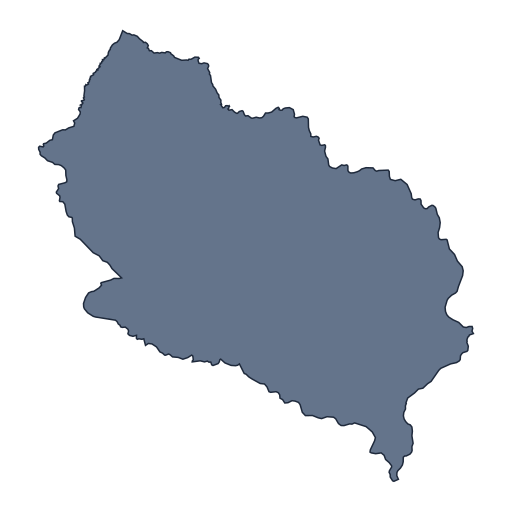 Lugela, Zambezia, Mozambique (orthographic projection)
{"feature_id": "85939544B172449318268", "entity_name": "Lugela", "entity_type": "district", "adm_level": 2, "iso_a3": "MOZ", "parent_name": "Mozambique", "parent_adm1": "Zambezia", "projection": "orthographic", "projection_center": [36.652, -16.329], "detail": "fine", "context": "isolated", "style": "filled", "palette": "slate", "viewbox_px": 512, "rotation_deg": 0, "n_neighbors": 0, "source": "geoboundaries", "source_scale": "gbopen_adm2", "svg_char_len": 5925}
<svg xmlns="http://www.w3.org/2000/svg" viewBox="0 0 512 512"><path d="M440.2,222.6L439.3,217.8L437.3,214.4L435.8,208.2L434.9,206.9L433.1,205.5L431.9,205.3L428.6,207.0L427.2,208.6L425.2,208.7L423.7,207.9L421.1,204.2L421.0,200.6L420.2,199.0L418.2,198.9L415.0,199.9L412.5,199.2L411.7,197.6L411.2,193.7L407.1,184.5L400.8,179.3L395.2,180.7L390.4,179.4L389.4,176.4L389.2,171.5L388.2,170.1L378.8,170.5L376.6,171.2L375.1,170.4L373.0,167.9L366.0,167.7L361.6,169.0L359.5,170.7L357.4,171.7L353.8,172.8L350.7,173.0L349.1,172.3L347.9,170.7L347.9,166.4L347.5,165.4L346.6,164.9L344.1,165.5L341.7,164.9L336.1,168.6L332.4,168.0L329.6,166.5L328.7,165.0L327.9,158.9L326.0,156.4L324.6,151.1L325.5,147.2L325.4,145.5L324.7,144.8L321.7,145.4L320.1,144.9L318.5,140.2L319.1,138.2L318.0,136.9L316.4,136.3L313.1,137.0L310.8,136.4L310.8,133.9L309.3,130.7L308.5,127.4L308.3,118.9L307.2,117.2L302.8,116.3L296.4,117.9L294.8,117.5L294.1,116.7L294.5,114.2L293.2,109.6L289.4,107.6L285.3,108.0L283.2,108.8L282.2,110.1L280.7,110.3L279.0,109.6L279.3,108.4L278.2,107.3L276.0,108.3L271.6,112.1L268.2,113.0L265.5,113.0L263.5,116.3L261.8,117.7L259.5,118.0L256.2,117.2L252.7,118.2L251.4,118.1L248.0,115.7L245.5,116.0L244.4,114.7L243.1,111.3L242.1,110.7L239.3,111.5L237.5,113.3L236.6,113.3L234.5,112.1L232.0,109.6L229.0,110.2L227.9,109.0L228.7,108.4L228.9,107.0L229.5,106.4L229.1,105.7L228.7,106.1L227.0,105.6L225.6,105.8L224.5,107.4L222.9,107.8L221.3,105.7L221.5,104.7L220.8,104.5L221.4,104.0L220.8,102.4L220.9,100.1L219.0,97.5L218.8,94.9L217.2,93.0L215.6,89.2L212.9,85.9L212.7,84.5L211.5,82.6L210.5,75.5L209.4,74.1L209.7,72.5L207.6,68.6L208.7,66.0L208.3,64.5L207.4,63.6L204.0,62.9L201.7,63.7L199.0,63.3L198.1,60.8L198.2,59.2L199.2,58.4L198.5,57.3L194.9,57.1L191.0,59.3L188.9,59.2L188.1,60.3L186.6,60.0L181.7,60.3L174.5,57.4L173.7,55.9L170.8,53.7L170.5,52.7L168.0,51.7L166.4,51.8L165.2,52.9L161.7,52.4L159.6,53.2L157.4,52.6L154.1,53.1L151.4,50.7L149.4,50.7L148.4,48.4L147.3,47.9L148.3,45.6L147.3,43.8L145.5,42.3L143.4,42.5L143.1,41.6L139.4,38.7L137.3,36.3L133.9,34.9L132.0,35.1L129.5,33.6L127.2,33.5L122.7,30.7L119.2,39.7L116.9,42.3L114.5,43.2L112.4,44.9L110.4,48.0L110.2,49.7L109.5,50.1L108.4,52.3L108.0,55.1L104.9,58.2L104.4,57.9L103.8,59.7L102.5,59.6L102.7,61.1L101.8,61.5L101.6,62.9L100.2,63.3L100.4,64.1L99.0,66.1L100.0,66.8L97.8,68.8L97.9,69.8L96.8,69.6L96.8,70.6L95.7,71.4L95.5,72.2L93.2,73.4L93.6,74.7L90.5,76.4L90.6,77.4L89.9,78.2L90.0,79.5L89.3,80.0L89.5,81.0L88.7,82.5L87.9,82.8L88.4,84.1L86.6,85.1L85.9,84.6L85.1,86.3L84.5,86.3L84.6,90.7L83.9,96.1L84.4,97.0L83.4,97.9L84.3,99.6L83.8,100.3L81.5,100.8L81.5,101.5L82.8,102.8L82.7,103.6L80.5,105.0L81.5,105.3L80.9,107.6L79.7,107.4L79.0,107.9L78.6,109.6L80.3,111.8L80.1,114.0L77.5,118.3L73.5,120.8L74.7,123.0L73.9,126.3L68.7,127.9L65.4,129.9L62.6,129.8L55.0,132.8L53.3,135.0L52.4,139.7L49.8,140.3L46.3,143.1L43.6,143.7L43.3,144.4L43.8,146.1L43.1,146.9L39.7,146.2L38.6,147.3L38.7,149.4L40.1,152.2L40.1,154.3L41.4,155.8L44.8,157.9L47.5,160.7L52.6,162.4L54.8,164.4L58.7,164.6L61.3,165.6L64.1,167.9L65.7,170.0L65.9,175.5L66.9,179.8L66.7,181.8L64.9,182.8L58.7,184.4L58.0,186.0L58.6,188.6L56.3,192.1L56.6,193.3L59.7,195.8L60.0,197.4L59.4,200.8L59.8,201.5L62.8,201.7L64.8,204.1L66.1,211.4L67.3,215.0L68.9,216.8L71.8,217.4L72.3,218.1L72.4,221.7L74.4,228.0L75.1,236.2L80.2,239.2L93.2,252.7L99.2,255.8L102.8,260.7L107.3,262.3L109.9,265.1L112.0,268.6L121.6,277.9L119.2,278.5L114.0,278.4L110.6,280.1L101.4,282.6L100.8,283.2L101.5,285.2L99.1,287.9L93.8,291.3L91.6,291.6L88.6,292.9L85.6,297.4L83.5,303.5L83.7,306.9L84.4,308.8L87.7,312.8L93.2,316.3L95.5,317.0L115.5,320.2L117.1,321.6L118.3,324.0L120.1,325.3L120.6,326.8L122.2,327.4L125.3,327.1L127.9,329.2L128.6,331.0L127.9,333.8L129.5,335.4L133.0,336.3L136.5,335.3L136.4,338.3L137.3,339.3L138.9,338.8L141.9,339.3L143.8,338.8L145.5,345.4L148.3,343.5L151.9,343.9L156.5,346.9L159.9,351.9L162.5,353.1L164.6,355.1L165.6,355.2L168.6,354.0L170.1,354.7L172.5,356.9L178.2,357.4L182.9,359.2L187.7,357.6L191.7,355.1L192.8,356.0L193.3,359.8L192.3,361.0L192.2,361.9L200.2,360.8L204.5,361.9L207.4,361.1L208.8,362.1L210.8,362.1L211.7,364.8L213.0,365.5L218.1,363.6L219.3,361.8L219.9,359.6L220.7,359.1L224.9,362.9L231.1,365.4L235.6,365.7L237.7,365.2L239.4,363.9L244.2,373.5L246.1,374.2L248.7,376.8L251.9,378.9L260.2,383.5L264.5,384.0L267.0,386.9L269.0,391.7L270.6,392.3L276.1,391.7L278.3,392.7L279.7,394.9L280.0,398.2L282.6,399.6L284.8,403.0L288.0,402.7L292.0,400.7L295.1,401.1L298.5,402.4L300.1,404.6L302.3,412.3L305.4,415.6L312.5,415.5L318.2,417.8L321.6,418.6L327.0,416.7L333.6,417.2L335.7,418.8L338.5,423.6L341.1,425.5L344.0,425.6L349.6,423.9L352.0,424.1L354.6,422.9L366.1,426.6L372.3,432.0L375.4,437.6L374.6,440.8L370.3,449.9L370.0,452.1L371.3,452.9L375.7,453.7L381.2,452.9L384.1,455.3L385.6,459.5L389.2,462.6L391.6,465.8L391.6,467.1L389.4,470.8L389.1,472.3L390.2,474.5L390.2,477.0L392.6,480.8L393.9,481.3L398.4,479.3L396.8,475.7L396.9,472.6L397.8,470.7L400.5,468.0L402.4,465.0L403.2,461.8L403.3,457.2L404.6,456.0L406.1,456.0L410.0,454.1L411.6,452.1L412.1,450.5L411.9,446.6L413.1,443.3L411.9,435.8L412.4,431.2L411.9,427.0L410.3,424.9L407.8,423.9L405.6,421.5L404.1,418.9L403.4,415.9L403.8,412.4L405.5,409.0L405.4,405.8L406.3,403.5L405.9,403.0L407.7,398.0L414.5,393.0L418.4,389.1L422.9,388.2L427.6,383.7L431.1,381.4L438.8,370.3L440.8,368.3L450.6,363.9L456.5,362.6L459.3,360.9L460.2,359.6L460.5,355.7L461.9,353.6L463.0,352.6L466.9,351.4L467.8,350.4L468.3,346.2L466.8,342.3L467.2,341.1L466.8,340.2L467.8,337.1L468.7,336.5L469.4,335.0L473.4,333.6L472.0,331.2L472.7,328.4L472.1,326.5L469.0,326.5L466.3,327.5L463.3,327.0L458.7,322.4L452.8,319.7L448.7,317.0L446.8,314.7L445.5,311.5L445.1,307.2L447.1,300.3L448.3,298.3L451.6,295.2L455.5,293.0L457.1,291.3L458.4,286.6L462.6,275.6L463.2,270.8L462.2,266.7L457.4,261.1L454.5,254.4L449.4,249.0L447.1,239.9L446.2,239.3L441.1,239.7L439.5,239.1L438.5,237.6L438.1,232.5L439.6,227.6L440.2,222.6Z" fill="#64748b" stroke="#1e293b" stroke-width="1.5"/></svg>